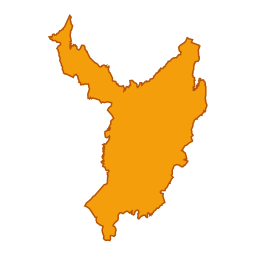 Teocaltiche, Jalisco, Mexico (Equal Earth projection)
{"feature_id": "50627088B70831883496545", "entity_name": "Teocaltiche", "entity_type": "district", "adm_level": 2, "iso_a3": "MEX", "parent_name": "Mexico", "parent_adm1": "Jalisco", "projection": "equal_earth", "projection_center": [-102.54, 21.482], "detail": "fine", "context": "isolated", "style": "filled", "palette": "amber", "viewbox_px": 256, "rotation_deg": 0, "n_neighbors": 0, "source": "geoboundaries", "source_scale": "gbopen_adm2", "svg_char_len": 5739}
<svg xmlns="http://www.w3.org/2000/svg" viewBox="0 0 256 256"><path d="M187.2,37.7L185.9,40.8L184.6,42.5L180.4,45.2L178.7,47.2L179.3,50.8L181.1,52.1L180.6,52.9L180.6,54.6L178.6,54.8L176.4,57.7L173.7,57.9L172.1,58.7L169.6,61.3L168.2,61.3L167.9,62.4L166.2,64.2L164.9,66.7L164.1,66.6L163.4,67.9L162.0,68.6L160.8,68.2L160.6,69.1L159.8,69.4L160.0,70.1L159.7,71.1L159.1,71.4L158.8,70.9L158.3,72.2L157.6,72.3L157.2,73.1L156.3,73.1L155.3,74.9L153.9,76.1L153.9,77.0L152.7,78.6L150.2,79.1L149.4,81.0L147.6,81.6L146.9,81.1L146.5,81.7L146.1,81.2L145.4,81.5L141.8,85.2L141.7,82.8L140.1,82.7L139.2,85.3L137.8,87.5L137.0,86.7L136.9,84.3L136.3,83.5L134.2,82.4L132.4,80.4L129.9,80.6L130.5,85.2L129.4,85.5L129.5,86.1L128.4,87.5L126.9,86.5L126.2,86.8L125.3,90.0L124.0,91.0L124.5,88.7L123.2,85.7L121.9,86.4L119.5,86.2L118.2,85.2L117.8,84.1L117.5,84.6L116.9,84.4L115.7,81.5L112.9,81.0L112.3,80.3L112.5,78.2L110.0,72.8L109.2,72.3L108.3,69.1L109.0,67.0L108.8,66.3L107.5,67.3L106.1,66.9L105.7,66.0L106.0,65.7L105.2,65.9L104.0,65.0L101.9,65.7L101.1,66.9L99.5,66.7L97.0,63.7L94.8,62.6L89.9,57.8L87.3,52.6L87.3,51.8L86.6,51.7L86.2,50.5L85.1,49.3L84.8,46.8L83.9,45.4L81.7,45.3L80.3,48.5L78.9,50.0L77.0,48.9L76.8,46.6L76.3,46.0L75.7,46.2L75.2,44.8L74.6,45.0L73.5,44.6L73.0,46.1L71.8,45.5L71.1,46.4L71.0,47.9L70.4,48.6L69.9,45.4L71.1,43.6L70.4,43.7L70.6,42.9L70.2,41.6L71.1,41.5L71.2,40.7L70.0,35.0L70.6,32.7L70.6,30.8L71.4,30.1L72.6,25.8L70.9,23.4L71.0,22.2L70.1,19.1L70.9,18.2L71.1,17.0L69.7,15.4L64.8,26.4L63.7,27.9L63.2,28.1L63.0,29.3L62.5,29.1L60.9,30.7L59.5,30.9L58.5,33.0L57.0,33.5L56.0,35.1L54.8,35.1L54.0,34.1L52.6,34.6L51.7,37.3L50.4,36.6L49.1,36.8L50.2,38.9L51.7,39.8L52.0,39.6L52.7,40.6L55.1,40.5L56.8,41.7L56.9,42.3L59.7,42.4L60.5,43.1L60.5,44.7L58.2,46.3L56.9,48.6L58.0,49.6L58.4,51.9L59.0,52.4L59.0,55.6L60.2,58.1L59.8,60.7L61.4,64.0L61.4,65.4L62.6,67.0L62.3,69.3L63.4,71.5L63.6,73.0L65.2,74.1L65.8,73.8L73.4,77.4L74.2,75.3L76.2,74.4L76.3,75.0L77.7,75.9L77.7,76.9L78.2,77.5L78.0,78.6L79.0,80.2L78.9,82.3L80.3,82.5L80.7,84.8L81.8,84.8L82.7,84.1L83.6,84.6L85.0,84.0L88.5,84.1L88.8,86.7L89.5,88.8L87.8,94.3L88.1,98.4L89.2,98.3L89.6,98.9L90.6,97.5L91.4,98.7L93.0,98.0L99.2,99.9L101.3,102.9L101.7,102.3L102.8,102.1L104.3,102.6L107.6,101.8L111.6,102.8L111.4,105.7L108.7,107.9L107.5,110.1L111.9,115.1L113.7,118.4L111.1,120.6L110.7,122.2L110.9,123.5L108.9,127.4L110.3,127.9L109.5,130.1L108.4,130.2L108.7,128.1L107.4,129.4L107.3,130.6L105.0,131.5L104.9,133.9L105.4,137.1L107.1,137.8L109.4,136.0L109.6,136.9L109.4,138.8L108.9,139.0L108.6,140.5L106.5,142.9L106.6,143.2L105.6,144.2L104.2,143.8L104.1,144.7L102.9,144.7L104.6,147.0L104.4,147.6L103.4,147.2L102.8,148.3L103.2,149.4L104.3,149.4L104.0,150.0L103.1,150.0L103.0,151.7L104.1,151.8L103.7,153.0L104.0,154.7L103.1,154.7L103.5,156.8L102.7,156.5L102.6,155.7L102.1,156.5L102.5,158.2L103.6,159.4L103.9,161.3L103.5,161.6L102.5,160.8L101.2,161.9L101.6,162.8L103.9,163.6L103.7,164.3L102.8,165.1L102.6,166.0L103.0,166.6L104.9,167.2L105.8,169.9L106.7,170.6L108.5,170.1L108.9,170.4L108.5,172.0L107.2,172.9L107.7,173.6L107.3,174.2L107.7,174.4L107.7,175.5L108.1,175.8L107.6,177.1L107.3,182.9L106.2,184.2L104.2,184.7L94.7,195.6L93.2,196.4L91.2,199.0L86.5,203.0L84.8,206.0L86.5,206.6L89.4,208.6L95.3,217.4L96.6,217.3L96.1,219.5L96.7,222.5L100.1,225.0L103.1,226.3L102.1,229.7L102.4,232.1L103.9,236.3L103.5,238.6L105.6,240.4L108.0,240.1L109.8,240.6L110.5,239.2L110.3,236.2L110.6,235.7L111.6,235.5L114.0,236.4L115.3,235.2L115.4,232.2L116.0,230.5L115.9,229.1L114.6,226.6L113.3,226.0L113.1,225.2L114.2,223.5L117.8,220.1L118.3,218.4L118.1,215.2L119.6,213.0L120.5,212.7L123.1,213.6L125.5,211.7L127.5,211.2L129.9,213.2L130.5,212.9L131.3,211.3L132.1,210.9L131.7,214.0L133.5,214.9L134.2,214.4L135.3,211.2L137.4,210.0L138.3,210.6L139.0,212.2L137.8,213.9L138.2,215.5L137.7,217.7L138.2,218.8L139.1,218.7L140.9,216.5L143.6,215.2L145.4,215.4L145.8,216.7L147.2,217.5L147.6,217.2L147.3,214.5L147.7,213.0L148.8,213.0L149.8,215.4L150.3,214.5L151.0,215.1L151.1,214.1L152.1,214.3L152.4,212.9L153.2,212.6L154.2,210.9L155.5,210.2L156.8,208.1L158.2,208.3L159.5,207.1L160.1,205.7L161.9,205.2L162.1,204.0L164.8,202.5L162.9,196.3L163.2,193.7L160.9,193.2L160.9,192.4L160.3,192.0L161.6,190.5L165.0,190.6L165.3,189.0L167.2,187.0L168.9,183.3L170.0,183.3L169.8,182.0L170.2,182.0L171.5,179.1L173.1,177.3L171.3,175.3L172.3,174.3L172.3,170.1L174.2,165.6L176.6,164.6L179.0,165.0L181.6,166.8L182.9,166.8L183.9,165.5L184.6,165.5L187.7,161.6L187.8,161.1L184.1,159.8L184.9,159.3L185.8,159.9L185.8,159.2L186.3,159.4L186.8,159.0L185.3,153.1L184.3,152.5L183.3,151.1L180.9,150.4L182.1,150.3L184.8,145.8L186.7,145.1L189.2,142.9L192.3,141.2L192.5,140.2L191.8,139.6L191.2,136.9L193.0,135.3L191.7,133.1L191.8,131.3L191.3,129.7L192.8,126.3L192.9,124.4L194.3,120.3L195.9,118.7L197.0,119.1L197.2,118.0L200.8,114.9L201.8,115.4L202.3,113.6L203.4,112.6L203.9,110.9L204.7,111.7L204.8,110.9L205.5,111.0L205.6,108.7L206.6,106.7L206.9,105.0L205.6,101.6L205.8,100.4L205.2,98.9L205.8,94.5L205.8,86.6L205.1,85.2L205.4,83.9L204.7,81.6L204.0,81.1L203.6,80.2L203.1,79.8L200.8,80.6L200.6,78.6L199.4,78.5L199.1,79.3L199.4,79.7L198.6,80.9L199.1,81.5L198.9,81.7L199.2,82.3L198.9,83.4L198.0,83.6L198.2,84.7L198.8,84.9L198.5,85.7L197.9,86.4L197.7,85.2L197.0,85.1L196.5,86.0L196.8,88.1L196.0,88.1L195.4,89.3L194.7,88.6L194.4,90.2L193.6,90.4L193.1,89.9L193.6,89.1L193.1,87.3L194.6,86.2L194.3,85.5L194.5,83.9L194.1,80.8L195.0,80.2L194.3,79.3L194.5,77.6L193.3,77.1L192.8,76.4L192.9,75.5L192.3,74.9L193.0,73.1L192.6,72.6L193.8,68.7L193.6,66.5L194.2,65.2L194.1,63.9L194.8,63.5L195.1,61.9L198.2,61.1L199.1,59.6L199.2,56.9L198.8,56.8L198.7,56.0L198.4,51.2L198.1,50.6L199.8,46.1L198.7,45.8L198.9,45.2L191.5,42.5L192.5,39.6L189.4,39.0L187.2,37.7Z" fill="#f59e0b" stroke="#b45309" stroke-width="1.5"/></svg>